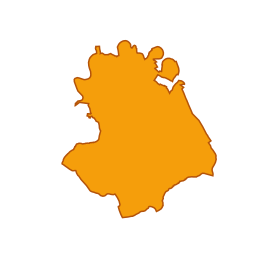 Farcasa, Maramures, Romania (Natural Earth projection), rotated 240°
{"feature_id": "2599482B60199590435941", "entity_name": "Farcasa", "entity_type": "district", "adm_level": 2, "iso_a3": "ROU", "parent_name": "Romania", "parent_adm1": "Maramures", "projection": "natural_earth1", "projection_center": [23.328, 47.604], "detail": "fine", "context": "isolated", "style": "filled", "palette": "amber", "viewbox_px": 256, "rotation_deg": 240, "n_neighbors": 0, "source": "geoboundaries", "source_scale": "gbopen_adm2", "svg_char_len": 5832}
<svg xmlns="http://www.w3.org/2000/svg" viewBox="0 0 256 256"><g transform="rotate(240 128 128)"><path d="M137.7,198.8L138.3,199.1L139.3,199.1L140.0,198.9L140.9,198.5L142.0,197.9L142.5,197.3L143.8,195.7L142.8,193.7L142.7,192.9L142.4,191.2L141.3,188.4L140.9,187.6L138.8,185.3L138.5,183.3L137.3,181.4L141.7,181.7L142.8,181.6L143.6,181.3L144.4,182.0L146.4,180.8L146.2,180.5L148.8,178.5L149.9,177.8L149.7,176.9L151.7,176.0L153.1,175.8L154.9,175.2L156.1,174.4L158.3,178.7L159.2,180.4L157.4,181.6L155.2,182.7L154.4,183.5L153.6,184.4L153.5,184.7L152.7,185.5L149.4,187.7L147.5,188.7L146.8,189.5L146.0,189.8L147.1,190.9L148.1,192.4L148.5,193.7L149.7,196.2L149.9,197.4L149.1,197.9L149.7,198.7L150.9,199.8L152.0,200.7L154.6,201.8L161.6,203.0L162.2,201.7L163.1,201.7L164.6,201.3L164.9,201.0L165.6,200.7L165.9,200.2L167.4,199.0L168.5,197.1L168.9,195.6L168.9,194.6L168.6,192.6L168.1,191.3L167.7,190.8L165.7,189.0L165.4,189.3L163.3,187.6L160.2,185.3L161.4,183.9L161.0,183.3L161.1,182.6L165.5,181.2L166.2,181.1L166.1,184.0L170.1,184.0L170.9,183.6L171.1,185.0L171.0,185.7L172.1,185.4L174.1,184.2L174.9,184.2L174.7,184.3L174.9,184.4L174.7,185.0L173.3,187.9L172.4,189.4L171.9,190.8L171.8,192.0L172.4,193.2L173.8,195.2L175.5,196.3L177.4,196.8L178.7,196.9L180.7,196.5L182.6,195.5L183.5,194.5L183.8,194.0L184.2,192.0L184.3,190.7L184.6,189.5L184.6,188.3L184.4,187.9L183.6,187.9L183.4,186.6L183.1,185.8L182.9,184.2L182.2,183.8L182.1,183.3L180.9,182.4L180.2,181.0L179.5,180.2L179.1,178.8L179.1,178.0L179.3,177.7L179.0,176.9L180.9,177.0L183.0,177.5L184.6,177.5L185.1,177.4L186.0,176.7L187.0,175.6L188.3,173.5L189.4,173.6L191.3,174.5L192.4,175.2L193.4,175.0L194.6,175.6L195.4,175.6L196.3,175.0L196.4,174.6L196.3,173.5L195.3,171.8L195.3,171.5L195.8,171.0L197.4,171.1L198.2,171.6L199.2,172.0L200.5,171.9L201.9,171.6L203.3,171.0L203.6,170.8L204.6,169.9L205.0,169.3L205.8,167.3L205.9,166.1L205.9,164.4L205.8,163.8L205.2,162.0L204.9,161.5L203.4,159.3L199.9,158.2L195.4,156.3L195.6,155.8L195.4,154.0L196.0,154.0L197.1,152.6L197.8,152.3L200.2,150.6L201.1,150.3L201.5,148.3L201.3,147.8L202.4,145.8L203.0,144.7L203.3,144.3L205.5,143.3L206.1,142.2L206.3,141.3L206.8,141.8L210.4,142.9L213.0,144.1L214.7,140.9L213.8,140.4L213.7,140.0L213.2,139.7L212.0,139.3L210.8,139.4L208.3,138.1L209.0,134.5L208.5,132.2L207.8,130.2L206.7,128.7L204.5,126.6L201.5,125.2L199.2,124.5L195.5,123.8L192.6,122.4L191.3,121.3L190.5,119.7L190.5,117.9L191.1,115.7L191.8,114.2L195.7,110.7L197.0,109.2L197.4,106.8L196.9,105.7L194.9,104.7L188.1,103.5L185.1,103.1L178.5,104.7L176.9,104.3L175.7,103.2L175.2,102.0L175.6,100.0L176.4,98.1L176.0,97.4L176.0,96.4L175.6,96.2L175.8,96.1L175.6,95.5L175.6,94.8L175.1,94.7L174.2,93.7L173.8,93.5L173.9,94.8L174.4,98.4L174.3,99.0L168.8,106.1L167.6,104.9L167.3,104.8L164.0,104.7L163.3,104.4L161.2,103.8L160.7,103.4L160.1,103.2L159.5,103.4L159.0,103.3L158.9,103.0L158.9,102.5L160.2,100.8L160.6,100.1L160.3,99.7L159.8,99.7L159.4,99.4L159.2,99.0L158.7,99.1L158.7,98.9L157.4,99.9L156.9,99.5L156.7,99.6L156.8,99.7L156.6,99.9L156.6,100.0L156.5,100.3L156.0,99.8L155.9,100.0L156.3,100.4L156.0,100.5L156.5,100.9L156.2,101.2L156.2,101.4L156.3,101.5L156.4,102.5L156.9,102.5L156.0,102.7L155.6,102.8L154.7,102.7L154.1,103.0L153.9,103.5L153.2,103.8L152.8,103.7L151.4,103.9L149.8,103.8L148.5,104.8L147.5,105.2L146.2,104.9L144.4,104.3L142.2,103.2L139.8,102.8L139.2,102.9L135.6,99.3L133.0,97.2L132.5,96.4L132.1,94.1L132.3,92.5L132.6,91.0L132.9,91.0L133.1,90.6L133.1,90.1L133.4,89.6L133.5,89.1L133.8,88.8L134.3,87.5L134.1,86.9L135.2,85.3L135.3,84.8L135.9,83.9L135.9,83.2L136.5,81.9L136.7,81.1L137.2,80.4L137.9,79.9L138.9,78.6L139.4,77.5L139.4,76.7L139.7,76.0L139.8,75.4L138.8,73.7L138.4,73.4L138.5,72.7L137.8,72.1L137.4,71.1L137.1,70.9L137.0,70.6L136.6,70.2L136.6,69.5L136.7,68.7L136.6,66.5L136.4,65.3L135.9,63.9L135.8,62.8L135.3,61.6L135.4,61.4L134.3,58.3L133.1,56.4L132.0,55.5L130.9,53.8L130.3,53.2L129.8,53.0L128.8,53.6L125.8,54.9L124.8,55.4L121.8,56.7L119.0,58.3L118.6,58.8L118.2,59.5L117.7,60.8L117.2,61.5L114.6,60.9L112.0,60.9L111.7,61.0L111.2,61.3L106.8,61.6L98.8,63.3L92.9,63.8L92.0,64.1L90.6,65.1L89.4,66.4L87.6,67.8L86.3,69.3L85.3,69.9L83.2,70.5L81.7,71.9L81.4,72.4L80.9,73.9L80.9,74.4L81.3,76.8L81.2,77.4L80.4,78.7L79.0,80.1L77.8,81.7L77.4,82.5L77.4,83.5L77.1,83.8L72.6,84.0L68.8,83.7L67.4,83.2L66.0,82.9L65.7,82.7L64.8,81.8L64.7,81.2L64.9,80.5L64.7,80.2L64.3,80.1L61.0,79.3L56.6,78.6L53.2,78.4L51.0,83.4L50.0,86.4L49.2,88.1L49.3,89.1L49.0,90.0L49.2,91.2L49.0,94.4L49.0,95.5L49.2,96.1L49.3,96.9L49.0,98.1L48.2,99.7L47.8,101.3L48.0,102.5L48.4,103.9L48.4,105.4L49.3,106.6L49.4,107.0L48.9,108.1L48.3,108.7L47.9,109.3L45.7,110.8L44.0,111.2L41.5,110.9L41.3,113.0L41.3,114.1L41.5,116.6L42.1,117.5L42.3,118.1L43.2,118.9L43.3,119.1L43.2,119.5L46.1,121.0L47.5,121.2L48.0,121.4L48.3,121.8L48.3,122.1L48.9,122.6L49.2,123.2L50.5,123.8L51.0,124.3L51.7,125.4L53.0,127.1L53.8,128.7L54.0,129.6L53.8,130.7L53.9,131.6L54.1,132.1L54.7,132.8L54.9,133.4L54.8,133.9L54.3,134.8L54.4,136.4L54.7,136.8L54.6,137.2L54.8,137.7L55.2,138.1L54.9,138.6L55.4,139.3L55.5,139.7L55.2,140.1L55.0,141.0L55.0,143.3L54.9,143.9L55.3,144.2L55.0,144.8L55.9,146.2L55.5,146.6L55.4,147.7L54.7,149.4L54.6,151.6L54.7,151.8L55.1,151.9L55.1,152.1L54.8,152.7L55.3,153.9L55.3,155.6L53.7,159.2L53.3,159.6L51.4,162.9L51.5,163.3L51.3,165.6L51.1,166.3L51.5,167.7L51.6,169.2L51.5,170.0L50.3,171.7L49.8,172.1L44.2,177.6L45.6,178.6L46.7,179.0L48.8,179.5L49.9,180.0L51.3,181.2L53.1,184.4L54.6,186.6L56.8,188.7L58.8,189.5L59.8,190.3L60.5,190.5L61.8,190.7L66.1,190.5L69.2,190.0L71.5,190.6L75.0,190.3L75.4,193.4L80.7,193.0L81.7,193.2L83.3,192.9L91.7,193.3L99.1,193.2L105.7,191.5L108.6,190.8L108.8,191.0L111.1,191.3L118.4,192.1L120.0,192.4L120.6,192.4L121.0,192.5L122.3,192.7L124.9,192.9L130.5,193.8L134.8,194.2L135.4,196.5L139.0,194.9L138.4,197.6L137.7,198.5L137.7,198.8Z" fill="#f59e0b" stroke="#b45309" stroke-width="1.5"/></g></svg>